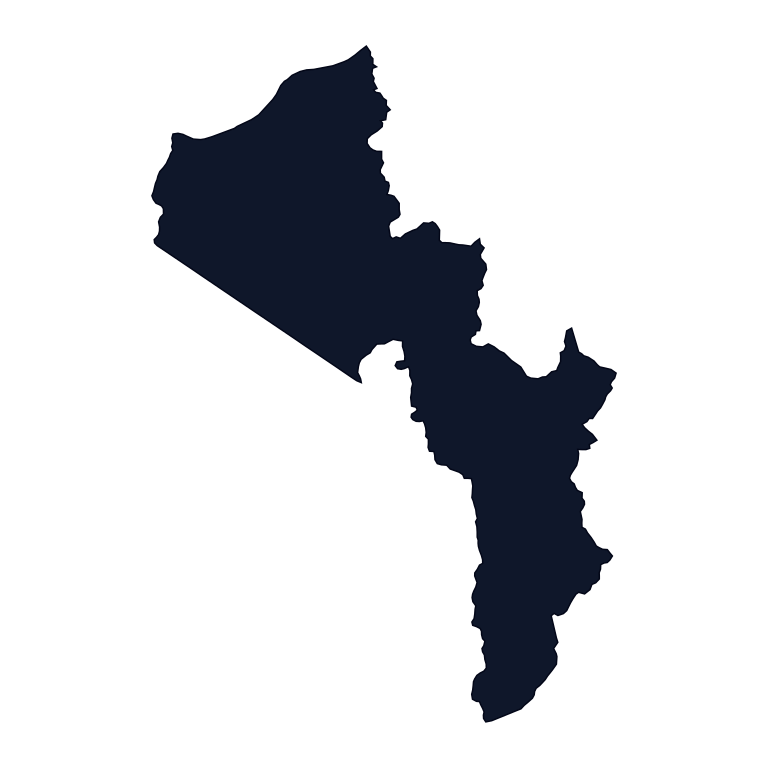 outline of Aragominas, Tocantins, Brazil
{"feature_id": "56859067B19572205876105", "entity_name": "Aragominas", "entity_type": "district", "adm_level": 2, "iso_a3": "BRA", "parent_name": "Brazil", "parent_adm1": "Tocantins", "projection": "mercator", "projection_center": [-48.592, -6.989], "detail": "fine", "context": "isolated", "style": "filled", "palette": "ink", "viewbox_px": 768, "rotation_deg": 0, "n_neighbors": 0, "source": "geoboundaries", "source_scale": "gbopen_adm2", "svg_char_len": 5406}
<svg xmlns="http://www.w3.org/2000/svg" viewBox="0 0 768 768"><path d="M173.0,134.0L171.9,138.2L172.8,142.9L171.7,146.5L172.8,150.4L170.7,153.5L169.4,157.3L168.0,160.0L166.5,163.4L163.4,167.6L159.8,171.6L157.9,176.2L157.1,179.6L155.5,183.4L154.5,187.5L153.6,191.5L151.9,195.8L153.4,199.6L156.0,203.2L159.0,204.5L161.6,205.9L163.4,208.7L163.5,214.1L160.4,217.3L158.6,221.8L159.6,227.1L159.5,231.1L158.6,234.6L156.5,237.3L154.2,239.6L154.6,242.9L157.2,245.6L186.1,265.1L193.8,270.3L201.7,275.7L209.5,281.0L256.0,312.5L261.2,316.0L293.0,337.5L306.3,346.6L314.8,352.3L335.6,366.4L351.7,377.4L356.7,380.7L361.3,382.6L360.6,378.9L359.4,376.1L357.6,372.6L358.4,366.5L359.3,362.8L361.1,359.3L363.7,357.2L366.3,355.1L370.2,352.8L372.0,349.5L374.6,346.6L376.8,344.1L380.4,343.9L384.5,343.8L388.2,341.8L393.1,339.3L398.4,340.4L402.6,340.9L402.5,346.4L404.1,351.6L404.9,356.3L404.6,360.8L400.8,361.2L396.9,361.8L395.2,365.6L397.6,368.7L401.2,369.3L404.3,368.6L408.5,366.7L409.9,370.5L409.8,375.8L411.5,379.5L412.7,383.9L411.5,388.4L411.5,392.9L410.7,397.4L411.1,401.4L411.6,406.1L416.1,407.2L417.3,410.2L414.5,412.4L411.6,414.2L411.1,417.2L412.8,419.6L416.1,421.3L419.4,421.5L423.1,420.8L424.5,423.7L425.7,427.8L426.2,432.4L425.7,436.4L428.4,439.2L428.4,444.0L428.1,447.4L429.5,451.2L433.9,451.5L434.7,455.1L435.0,459.7L437.3,463.6L441.4,464.8L446.7,465.2L450.2,469.0L454.5,470.5L459.2,472.2L462.8,474.7L464.3,478.3L467.7,478.3L471.4,478.6L472.1,482.0L472.8,485.9L472.5,489.6L472.3,493.8L471.9,497.6L473.3,501.0L474.5,505.6L475.8,509.7L476.3,514.1L477.4,518.5L475.6,521.8L476.9,526.6L477.2,532.0L477.2,537.2L478.2,540.1L478.1,543.2L478.4,546.3L479.5,550.4L481.4,555.3L482.6,559.7L482.7,563.4L479.5,565.1L477.4,569.2L474.8,572.9L474.7,575.9L475.8,579.0L477.1,582.5L475.8,587.0L473.7,591.3L472.6,594.3L472.1,597.6L472.9,601.7L475.8,605.8L475.1,609.2L474.8,613.8L474.1,618.6L471.9,622.0L472.7,625.3L476.5,626.6L480.2,628.5L481.5,631.3L481.6,634.7L482.6,638.7L484.9,641.1L483.8,645.7L482.0,648.5L482.6,651.8L484.4,655.0L484.9,659.6L486.2,664.0L486.3,668.1L483.8,671.2L480.2,673.0L476.9,675.4L474.7,678.9L473.5,681.7L473.2,685.6L472.7,690.1L471.7,694.3L472.5,699.2L476.4,701.3L479.5,701.6L480.7,704.6L482.6,708.3L484.1,711.9L483.4,715.2L483.6,718.5L485.8,721.9L491.7,720.7L515.0,711.2L521.0,708.8L524.1,705.4L528.3,701.9L532.4,698.2L534.2,694.8L534.6,691.5L536.1,688.3L539.8,685.4L543.0,682.0L545.2,679.6L547.6,675.9L550.2,672.7L552.6,669.6L556.4,664.2L556.9,656.6L556.2,653.7L553.6,648.5L557.8,642.3L556.4,637.9L554.0,627.6L551.2,615.7L554.1,613.4L557.9,615.5L563.4,613.6L566.7,610.6L568.7,606.5L570.5,602.9L572.7,599.1L575.9,594.2L578.6,592.3L584.6,593.9L590.0,589.6L591.9,584.4L595.7,582.8L599.3,579.0L599.3,576.0L599.2,572.7L600.5,569.2L600.7,564.6L604.1,563.0L607.2,562.5L609.8,560.1L612.4,556.0L609.9,553.0L607.3,549.6L602.6,549.3L599.0,547.6L596.3,546.0L594.2,542.2L591.1,537.5L587.5,532.9L585.4,529.1L582.0,527.3L581.8,523.1L582.0,519.4L580.3,511.5L582.8,507.9L584.5,504.3L584.3,501.2L582.0,498.2L582.2,492.7L577.3,490.4L575.4,487.3L574.2,483.9L571.3,481.7L569.5,478.3L570.3,475.4L571.9,472.6L573.7,469.9L576.6,465.4L578.1,459.7L578.6,453.5L577.7,449.4L582.7,449.6L585.9,449.6L589.8,448.3L589.3,444.5L593.0,442.6L596.9,440.2L594.3,436.8L592.4,434.3L588.5,431.3L584.6,427.7L582.1,424.3L586.9,421.6L589.2,418.4L592.6,418.5L595.7,413.9L597.6,411.0L600.5,407.9L602.6,404.2L604.9,399.8L605.7,396.8L607.3,394.0L610.6,390.7L612.2,388.0L610.2,384.7L611.4,381.8L614.6,378.1L616.1,373.1L611.0,369.5L605.5,368.2L599.7,366.9L597.4,364.9L594.0,361.0L588.2,357.2L583.8,355.8L581.6,353.7L578.7,352.1L571.6,328.1L566.7,330.9L565.5,337.5L564.5,341.5L566.0,346.1L564.1,350.7L560.3,352.8L560.7,356.0L560.6,361.6L557.8,367.5L556.7,370.6L551.6,371.8L546.2,376.8L542.4,377.0L538.1,378.8L530.8,378.1L526.5,376.2L520.8,367.0L511.5,360.5L504.0,353.1L499.3,350.9L494.2,346.9L488.3,343.9L482.9,346.9L476.3,346.3L471.1,343.7L470.2,339.9L471.2,337.0L475.4,334.4L476.0,330.8L479.5,330.6L481.1,324.3L480.3,320.6L476.9,315.2L476.0,310.8L478.4,306.6L479.3,302.4L479.0,299.2L477.4,295.5L477.2,290.7L481.0,288.6L483.2,285.3L481.9,280.6L482.9,277.8L484.8,273.0L486.5,269.6L485.8,264.1L480.8,258.3L480.3,254.4L484.1,247.9L480.3,244.2L479.5,238.8L474.8,242.3L471.1,246.2L463.0,245.0L459.0,244.8L455.5,244.1L450.0,242.9L445.6,242.7L441.9,242.7L439.3,240.2L439.6,230.1L437.4,226.5L435.2,223.6L432.4,221.8L429.0,223.3L423.6,222.9L416.9,229.0L413.0,230.3L405.4,233.9L400.4,238.3L396.2,236.9L392.6,238.6L390.2,236.4L388.6,226.2L390.2,222.1L398.4,217.1L400.0,214.3L399.2,209.6L399.2,203.3L394.0,196.3L390.9,195.2L386.9,194.5L388.3,190.7L389.2,185.7L388.4,182.4L385.0,181.1L384.2,177.2L380.4,173.1L380.2,169.7L383.5,162.8L381.6,159.2L381.6,151.4L376.5,151.3L372.9,149.9L370.0,147.8L367.1,143.4L367.3,138.7L371.2,134.8L377.2,131.0L382.2,126.6L382.5,123.1L380.4,120.8L385.7,119.7L386.7,112.2L390.2,109.8L386.2,105.4L386.4,100.4L383.2,98.2L381.6,95.6L379.9,93.1L375.7,92.3L373.5,89.8L377.0,88.5L373.3,81.5L374.1,78.2L371.8,74.0L372.6,68.3L376.5,66.8L372.8,64.3L372.9,58.7L370.3,55.9L370.4,52.1L366.3,46.1L360.5,50.5L355.0,55.1L348.3,59.8L344.2,61.7L332.9,65.8L313.9,69.4L306.6,69.9L300.2,71.5L292.1,75.3L287.2,79.7L284.4,81.3L280.8,85.5L276.4,94.4L272.7,99.6L258.8,114.8L251.4,119.7L237.2,126.4L234.4,128.4L212.1,136.7L204.6,139.0L200.6,139.6L193.4,139.1L186.1,135.9L183.0,134.4L178.0,133.3L173.0,134.0Z" fill="#0f172a" stroke="#020617" stroke-width="1.5"/></svg>